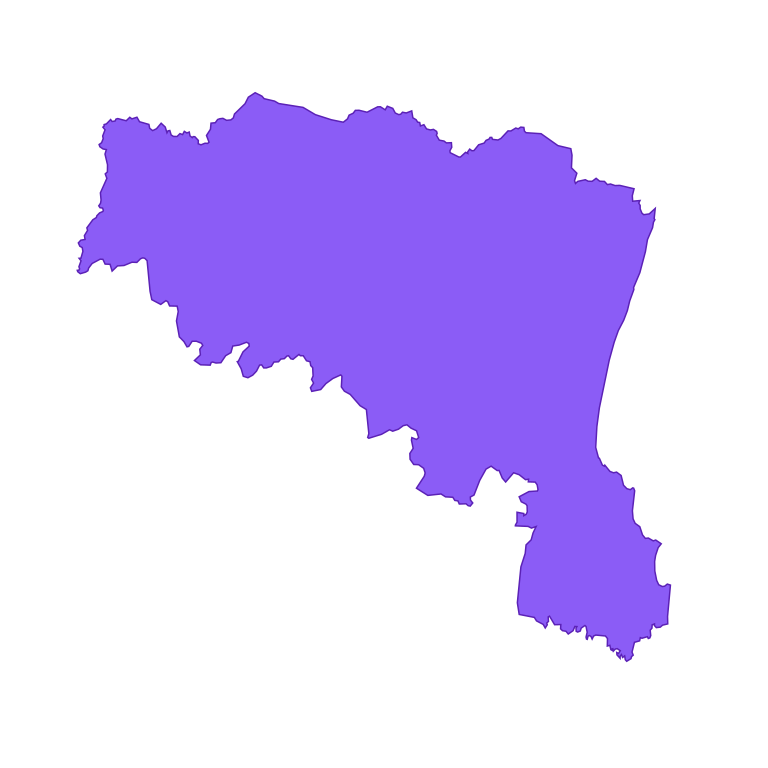 Fenerive Est, Analanjirofo, Madagascar (Albers equal-area conic projection), rotated 353°
{"feature_id": "10022922B92224420422748", "entity_name": "Fenerive Est", "entity_type": "district", "adm_level": 2, "iso_a3": "MDG", "parent_name": "Madagascar", "parent_adm1": "Analanjirofo", "projection": "albers", "projection_center": [49.228, -17.25], "detail": "fine", "context": "isolated", "style": "filled", "palette": "violet", "viewbox_px": 768, "rotation_deg": 353, "n_neighbors": 0, "source": "geoboundaries", "source_scale": "gbopen_adm2", "svg_char_len": 6134}
<svg xmlns="http://www.w3.org/2000/svg" viewBox="0 0 768 768"><g transform="rotate(353 384 384)"><path d="M636.4,656.7L637.1,649.3L643.8,618.5L640.8,617.1L637.9,618.9L635.5,618.9L632.2,616.7L630.7,612.1L630.0,602.6L631.0,593.1L632.7,587.2L636.2,579.8L639.7,576.4L634.7,572.0L632.1,572.5L627.6,569.1L624.6,569.1L622.2,565.3L620.5,556.8L616.3,552.9L614.8,548.2L615.1,540.1L619.8,520.5L619.1,517.8L618.2,517.4L615.6,518.9L612.3,517.5L609.4,513.7L608.2,503.7L604.1,499.8L601.0,500.1L597.6,498.3L593.3,491.5L592.8,492.4L590.9,491.2L588.7,483.9L587.9,483.5L586.4,472.7L590.1,452.2L594.9,433.8L610.5,387.7L617.6,370.5L623.1,359.5L629.7,349.9L634.5,340.8L638.0,331.5L643.5,320.7L643.5,318.6L651.5,304.7L659.6,284.5L663.1,272.8L669.6,261.6L671.2,256.2L672.9,253.9L672.3,252.8L674.6,242.8L668.0,247.5L662.4,247.6L660.8,245.8L659.6,241.4L660.0,238.0L658.9,235.5L660.4,233.1L653.1,232.9L653.4,227.4L656.0,220.7L642.2,215.6L637.5,215.2L633.2,213.1L630.0,213.3L627.5,209.8L622.8,209.0L619.6,205.7L615.3,208.2L611.4,207.6L608.7,205.8L601.0,206.5L598.5,208.3L597.9,205.4L601.1,198.3L596.4,192.3L598.5,179.8L598.1,173.2L585.7,168.6L570.4,154.7L555.6,151.9L554.2,150.1L554.1,146.4L551.0,145.7L548.3,147.1L546.0,146.0L540.8,148.3L537.9,147.9L530.0,154.5L526.9,155.7L521.5,154.4L521.0,152.4L519.3,152.2L518.1,153.7L515.0,154.6L512.7,157.1L507.1,158.1L501.7,163.3L499.7,163.2L497.7,161.3L495.3,163.9L495.3,165.4L493.2,164.0L487.6,168.0L485.9,167.8L477.9,162.5L477.8,160.6L480.1,157.3L480.3,152.7L475.3,152.3L473.2,150.2L468.6,148.7L466.3,143.4L467.3,141.7L467.0,139.7L464.1,137.3L461.0,137.5L457.3,136.0L455.2,131.5L451.6,132.3L451.3,128.8L449.3,128.2L448.1,125.6L445.1,123.3L444.8,116.3L439.1,117.7L435.5,116.5L433.4,118.3L431.4,118.4L428.2,116.4L426.3,111.5L421.1,108.7L418.6,112.0L414.2,108.4L411.5,108.1L400.3,112.2L392.7,109.3L388.9,108.9L386.4,111.5L382.1,112.9L380.1,116.4L375.5,119.2L363.9,115.3L348.7,108.3L337.4,99.6L313.7,92.8L309.9,89.9L299.8,86.2L297.9,83.4L291.6,79.2L284.3,82.8L280.2,88.9L268.5,97.8L266.9,101.5L264.2,103.2L259.9,103.1L256.5,100.7L253.4,100.7L251.1,101.2L248.4,104.1L244.1,104.0L242.8,110.0L238.1,115.7L239.8,122.7L238.3,123.7L235.7,123.2L231.5,124.3L228.9,122.9L229.4,119.6L226.4,115.5L224.7,115.2L223.7,116.1L221.7,114.1L221.4,110.2L218.9,110.8L216.6,108.9L214.5,111.9L212.0,110.6L208.8,113.1L205.2,112.6L203.1,110.9L202.3,106.3L200.5,106.4L199.2,108.2L198.2,102.3L194.6,98.0L189.3,102.9L185.3,104.3L182.6,101.7L182.3,97.7L173.3,93.9L171.3,89.1L166.1,90.1L164.2,88.3L160.2,91.3L152.1,88.1L150.3,88.4L149.1,90.2L146.1,90.3L144.9,88.2L140.2,92.0L137.8,92.4L137.6,93.9L136.3,94.8L138.1,97.7L135.0,103.6L135.2,106.2L133.1,110.1L130.4,111.6L130.9,113.9L133.8,116.5L137.0,117.5L135.1,121.8L136.3,132.7L135.3,139.8L132.9,141.5L134.0,146.1L125.8,159.7L125.6,166.9L124.7,170.0L122.6,172.4L123.6,174.4L126.1,175.1L126.6,177.3L126.0,178.5L122.6,179.5L119.5,182.0L118.8,183.7L115.0,185.5L108.1,192.8L108.5,195.4L104.7,200.2L104.9,204.1L100.6,204.3L97.8,206.7L98.9,210.2L101.1,211.8L101.3,215.7L98.5,222.2L96.7,222.1L98.3,224.8L95.5,230.4L95.9,232.7L95.1,233.8L93.4,233.8L93.7,235.2L96.0,237.5L101.5,236.6L103.9,235.5L105.0,232.9L109.0,228.8L117.5,225.5L120.2,226.0L121.8,231.0L126.7,231.8L127.9,238.8L133.9,234.3L140.4,234.7L148.7,232.4L153.5,233.2L157.6,230.0L160.0,229.4L161.9,230.1L163.9,232.7L163.1,263.5L163.8,272.0L172.1,277.8L177.7,274.7L179.4,276.0L180.7,280.4L188.2,281.5L188.6,287.0L185.7,296.1L186.6,312.3L190.6,317.5L193.0,323.1L194.8,322.9L198.8,318.2L203.0,318.7L207.8,321.3L208.8,323.6L205.4,327.0L205.3,332.7L198.7,337.6L204.3,342.6L213.8,344.1L215.1,341.6L216.5,341.3L219.8,342.7L224.7,343.0L230.3,336.6L235.9,334.2L238.5,327.9L245.0,327.7L252.6,325.8L254.8,327.3L254.8,330.0L248.0,334.9L242.2,343.7L241.1,343.9L244.1,351.5L245.3,359.2L249.7,361.2L254.8,359.2L259.1,355.6L262.8,350.1L264.9,350.1L266.6,353.4L269.2,353.7L274.3,352.7L277.4,348.8L282.0,349.1L284.6,346.7L288.2,346.7L291.1,344.4L292.7,344.3L294.6,347.6L296.7,348.4L303.2,344.3L304.4,345.7L307.3,346.1L309.9,351.5L313.3,352.9L313.5,356.8L315.2,359.1L314.6,367.4L312.7,370.6L314.2,374.5L310.5,378.8L311.4,382.5L320.5,381.8L326.4,376.5L333.9,372.3L342.2,369.7L343.2,371.2L341.3,381.7L343.8,386.3L349.2,390.2L357.6,402.6L363.4,407.2L362.9,431.4L361.3,435.1L362.3,436.0L375.5,433.6L383.9,430.1L386.9,431.9L392.9,430.6L398.0,427.7L401.8,427.3L405.4,431.1L410.6,434.4L411.9,441.4L409.5,443.0L405.1,440.6L404.4,443.1L405.1,451.4L401.2,456.1L400.7,461.9L403.7,467.5L408.5,468.3L413.1,472.5L414.0,477.3L412.7,480.5L403.5,491.4L413.9,499.9L427.2,500.1L431.3,503.5L438.5,504.8L440.1,508.2L443.1,509.0L444.1,512.3L450.8,512.9L452.7,515.0L454.7,515.7L457.6,512.9L455.7,509.8L455.9,506.7L459.8,505.2L467.3,491.3L474.9,480.9L480.3,478.6L485.8,483.7L487.7,483.8L489.9,491.7L492.8,496.1L501.8,487.9L507.1,490.5L512.8,496.2L515.9,496.1L515.3,498.7L522.1,499.8L523.7,502.6L524.0,507.5L523.2,508.9L514.8,508.4L504.4,512.4L505.9,517.6L510.2,520.5L511.2,522.2L510.6,528.5L509.2,530.7L506.7,531.7L507.0,529.6L500.4,527.5L499.2,537.4L497.2,540.1L497.1,540.8L509.7,542.9L512.8,545.0L517.6,544.0L513.8,550.0L511.1,556.6L505.4,561.0L503.5,569.4L497.6,582.2L489.7,617.4L490.1,629.2L504.8,634.0L506.5,637.7L512.7,642.0L514.3,645.8L516.7,642.9L516.4,641.1L518.3,639.7L518.6,635.2L520.0,634.6L524.0,643.7L530.2,644.3L529.4,648.5L531.1,650.6L534.5,651.6L536.4,654.6L541.6,651.9L543.9,647.9L545.9,648.3L544.8,649.8L544.6,652.9L546.0,653.8L548.7,653.1L550.0,650.3L554.0,648.2L555.0,649.3L555.4,655.2L553.7,659.8L553.9,661.8L554.6,662.2L555.8,659.1L557.2,658.7L558.7,659.8L559.5,662.5L561.3,659.7L563.6,659.0L573.1,661.1L574.8,663.9L573.7,671.3L576.3,670.9L576.8,675.3L577.6,675.9L577.6,674.8L578.9,674.6L579.1,677.1L581.2,675.3L583.2,675.1L586.0,677.5L583.9,680.0L582.3,678.9L582.2,681.2L584.9,685.0L585.2,683.0L586.7,681.5L587.5,684.5L589.7,683.2L589.9,687.1L591.1,688.8L595.7,686.7L596.5,684.7L598.3,683.5L597.5,680.3L601.1,670.9L606.4,670.1L607.5,667.0L609.1,667.8L614.6,666.9L615.3,668.8L616.9,668.4L618.1,666.2L618.2,660.8L620.2,659.0L620.8,655.7L623.2,655.1L622.9,656.6L624.6,659.0L628.6,659.0L631.1,657.3L636.4,656.7Z" fill="#8b5cf6" stroke="#5b21b6" stroke-width="1.5"/></g></svg>